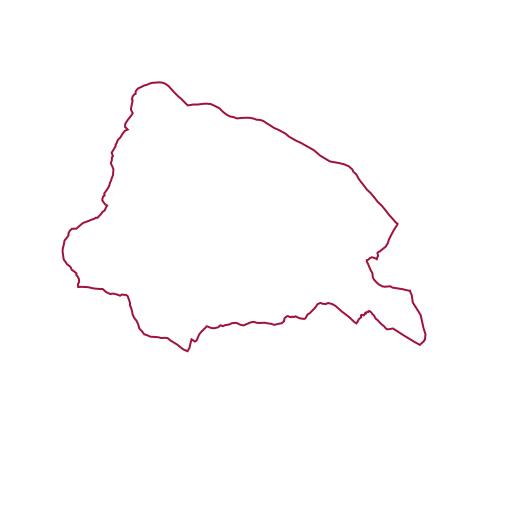 Tabora Urban, Tabora, United Republic of Tanzania (Mercator projection), rotated 121°
{"feature_id": "72390352B61754038708822", "entity_name": "Tabora Urban", "entity_type": "district", "adm_level": 2, "iso_a3": "TZA", "parent_name": "United Republic of Tanzania", "parent_adm1": "Tabora", "projection": "mercator", "projection_center": [32.813, -4.941], "detail": "fine", "context": "isolated", "style": "outline", "palette": "rose", "viewbox_px": 512, "rotation_deg": 121, "n_neighbors": 0, "source": "geoboundaries", "source_scale": "gbopen_adm2", "svg_char_len": 4701}
<svg xmlns="http://www.w3.org/2000/svg" viewBox="0 0 512 512"><g transform="rotate(121 256 256)"><path d="M155.3,151.8L155.4,152.8L153.6,158.6L152.0,163.8L149.9,169.1L148.1,174.1L146.9,179.6L144.8,185.0L143.0,190.1L142.0,195.0L140.3,199.1L138.5,204.0L137.1,207.4L134.4,212.1L133.6,216.0L132.2,218.0L131.3,222.7L132.0,227.7L133.6,232.8L135.4,237.5L136.9,241.4L136.9,252.7L135.5,260.9L135.7,268.0L135.9,275.5L136.5,281.0L136.7,289.1L135.9,293.8L136.3,301.7L136.9,306.2L136.7,315.3L136.5,319.4L136.7,320.3L137.3,322.7L138.8,325.5L139.4,328.6L139.5,328.8L140.6,332.2L142.7,335.9L145.5,340.1L147.8,343.0L148.6,347.0L149.8,350.3L150.0,354.1L149.8,355.8L149.4,358.8L148.2,363.7L148.6,368.8L149.0,372.8L150.9,376.9L153.1,380.1L156.2,384.0L158.7,388.1L160.0,389.6L162.1,392.1L161.1,396.0L159.8,401.1L159.2,405.1L158.0,409.8L156.8,413.7L155.3,418.8L155.1,423.2L156.0,426.5L157.6,429.3L159.4,431.8L160.9,434.0L162.5,435.6L164.1,436.8L165.6,437.8L166.6,438.9L168.4,440.3L170.1,441.3L172.3,442.9L173.6,443.5L175.7,443.9L176.9,443.9L179.1,442.7L180.0,443.5L182.6,443.9L185.7,443.1L186.1,441.9L190.0,440.5L193.5,439.3L195.1,438.4L197.1,435.2L201.2,435.4L205.1,436.0L209.8,436.2L212.7,434.8L213.7,431.1L216.2,432.9L220.7,433.4L223.9,433.3L228.0,434.2L230.9,433.6L232.9,433.7L234.0,432.9L241.9,432.9L244.0,430.1L245.4,430.3L248.3,428.9L251.4,428.1L253.0,425.6L255.2,422.8L260.2,420.3L264.6,419.5L265.7,419.1L268.3,418.9L271.8,417.9L276.1,417.9L280.6,418.3L282.2,416.9L283.5,417.7L285.5,417.3L287.4,416.5L288.6,414.0L289.4,411.8L289.4,409.6L291.2,409.6L294.9,409.2L297.8,410.4L299.8,410.4L305.0,411.6L305.6,413.0L307.4,413.8L309.0,415.2L311.5,417.1L314.6,419.5L316.8,421.3L320.5,422.6L325.0,424.0L327.5,427.8L330.1,428.6L333.4,428.4L334.6,427.4L336.3,427.4L338.5,427.6L340.2,428.0L341.6,428.0L344.2,427.0L345.9,426.4L349.8,425.2L352.2,423.8L354.7,421.7L357.3,419.7L358.4,418.3L359.2,416.1L360.4,413.8L360.6,410.6L361.2,408.9L362.7,406.9L362.9,403.9L363.3,401.0L364.9,400.2L365.5,398.2L366.8,396.1L369.2,394.3L371.9,394.1L374.1,392.5L371.9,389.0L369.2,383.9L367.6,378.9L365.3,374.0L363.3,370.5L364.1,365.9L363.7,361.4L361.8,359.2L360.6,355.3L360.0,352.0L358.2,351.2L356.3,347.2L356.5,345.3L361.0,339.9L363.3,338.6L364.9,336.2L367.2,333.8L369.8,331.5L371.7,328.5L373.1,325.0L374.7,322.6L376.2,320.8L378.2,318.7L378.6,317.5L379.2,315.1L380.7,311.4L380.0,308.8L379.6,305.1L376.0,298.0L375.1,294.9L373.1,292.1L371.9,289.5L372.5,285.6L372.5,278.3L373.5,270.3L372.9,265.7L369.0,265.7L364.3,267.3L360.6,268.3L360.8,264.3L359.0,263.4L352.7,264.3L352.3,264.3L347.7,263.6L346.6,263.0L345.8,263.1L343.7,262.4L341.7,262.1L341.4,261.3L340.8,257.5L340.7,257.1L339.9,255.5L339.4,254.6L339.0,254.1L336.4,251.6L334.2,251.1L333.9,250.5L333.6,250.4L333.7,250.2L333.0,248.0L331.3,247.0L328.8,244.0L328.7,243.9L326.0,242.0L324.0,239.3L323.8,239.1L323.3,237.5L323.0,234.1L322.1,231.3L320.9,230.0L320.1,229.7L318.6,228.5L317.3,227.7L317.2,227.4L316.4,226.9L316.1,226.8L314.0,224.7L313.6,223.8L312.7,220.4L311.8,219.0L311.7,218.6L308.7,214.2L308.2,212.5L306.3,208.0L305.8,205.5L305.2,204.3L304.0,203.3L302.7,201.9L300.6,199.6L299.2,198.8L298.5,198.8L297.5,198.4L297.3,198.8L296.5,198.8L295.0,199.4L294.9,199.3L293.9,199.3L292.1,198.6L291.1,197.8L290.8,195.5L290.3,194.2L289.3,193.7L288.7,191.9L287.9,191.4L287.3,191.0L287.1,188.2L286.8,186.2L285.7,183.6L285.1,182.3L284.0,181.5L280.7,181.7L278.8,181.4L277.8,180.6L273.7,179.6L270.7,178.9L268.4,178.5L265.7,178.5L263.1,176.7L262.5,174.0L261.6,172.3L261.4,171.5L259.2,170.1L259.1,169.4L258.8,169.0L258.0,166.0L257.8,162.5L258.3,159.6L259.4,153.7L259.7,150.7L260.5,144.1L262.0,137.6L262.0,135.2L259.9,135.1L257.1,135.3L254.4,134.3L252.8,135.5L251.7,134.6L251.4,133.0L250.0,133.0L248.9,132.2L248.3,133.0L247.7,132.7L246.3,131.0L245.6,131.3L244.7,130.5L244.9,128.5L245.9,126.1L246.3,124.0L247.4,122.4L248.1,120.9L248.3,119.0L248.7,117.4L249.3,115.6L250.0,112.4L250.3,109.9L251.0,108.2L251.4,106.1L250.3,104.3L248.9,102.8L247.7,101.4L247.6,101.2L248.0,87.6L248.0,75.2L247.8,69.8L242.1,68.1L241.7,68.4L240.6,68.2L239.2,68.8L235.8,70.4L231.4,75.4L221.8,84.5L220.0,87.9L215.1,97.7L214.1,98.4L209.4,102.3L206.8,105.9L206.5,106.1L206.9,106.9L209.0,113.4L212.8,122.8L212.8,125.3L214.5,127.7L216.0,129.7L217.0,132.2L217.1,136.0L216.8,138.0L216.2,140.2L215.4,142.8L214.0,145.0L210.8,147.3L209.4,149.8L208.1,151.8L205.1,155.9L203.6,158.3L202.5,158.9L201.5,157.9L199.0,157.2L197.7,156.3L197.1,155.3L196.8,153.7L196.4,151.6L196.5,150.9L194.3,151.4L192.9,151.4L191.6,152.9L190.6,153.5L189.2,153.0L188.2,152.1L186.3,151.6L184.0,150.7L181.1,149.6L178.7,149.7L177.1,149.6L173.7,150.5L168.9,150.9L163.2,151.2L159.2,151.1L156.6,150.9L155.5,151.2L155.3,151.8Z" fill="none" stroke="#9f1239" stroke-width="2"/></g></svg>